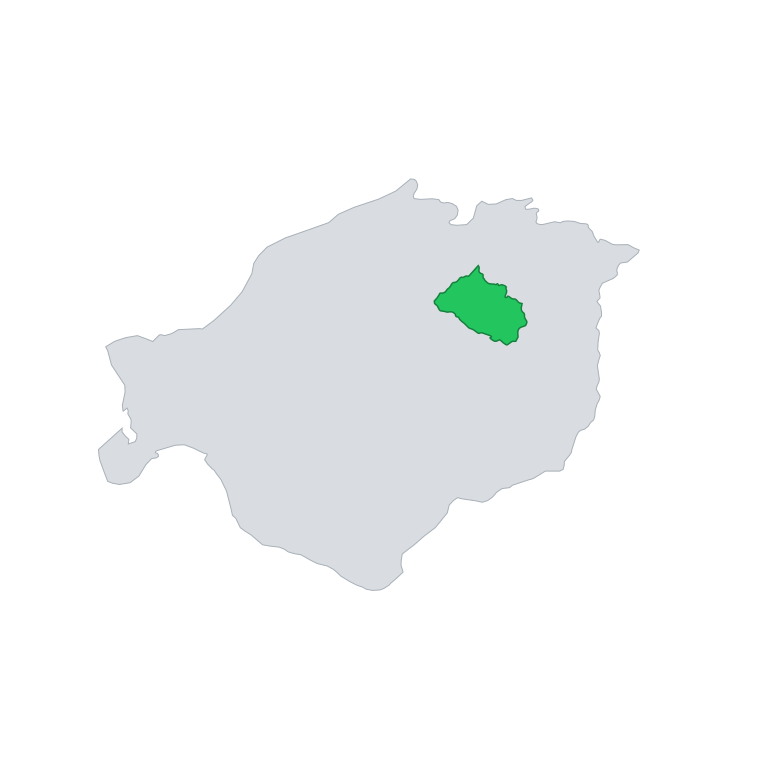 location of Hunedoara within Romania, rotated 150°
{"feature_id": "ROU-297", "entity_name": "Hunedoara", "entity_type": "County", "adm_level": 1, "iso_a3": "ROU", "parent_name": "Romania", "parent_adm1": "", "projection": "natural_earth1", "projection_center": [22.886, 45.787], "detail": "fine", "context": "in_parent", "style": "filled", "palette": "green", "viewbox_px": 768, "rotation_deg": 150, "n_neighbors": 0, "source": "natural_earth", "source_scale": "10m", "svg_char_len": 5822}
<svg xmlns="http://www.w3.org/2000/svg" viewBox="0 0 768 768"><g transform="rotate(150 384 384)"><path d="M580.7,423.2L587.3,431.2L595.5,435.4L614.5,439.9L616.1,439.4L616.3,438.5L615.0,437.4L614.7,435.9L615.6,434.0L618.2,433.9L622.5,435.6L630.6,433.2L642.3,426.8L653.3,425.5L663.4,429.3L668.6,433.7L672.0,437.9L671.1,443.0L670.6,446.3L668.3,459.6L666.6,464.5L663.9,470.1L632.9,476.7L634.8,473.5L634.0,467.9L632.6,463.7L635.4,459.9L628.3,458.5L625.3,460.6L623.0,464.3L625.4,472.7L622.1,477.3L620.8,479.9L620.8,486.1L618.9,488.7L618.5,491.6L623.5,490.9L621.4,496.2L612.3,506.4L609.1,512.5L610.5,536.7L606.6,551.1L606.4,555.4L596.5,555.6L593.5,555.2L584.0,553.1L573.4,549.2L567.1,541.7L563.0,536.4L554.1,538.8L552.4,538.2L549.9,535.6L543.1,533.9L534.8,533.8L515.9,524.1L513.8,522.4L499.2,524.1L477.3,528.9L460.6,534.9L443.4,545.5L436.5,553.5L428.4,557.8L416.8,561.0L396.1,559.8L374.5,555.7L351.2,551.4L338.7,553.8L321.8,552.0L296.2,546.8L277.2,545.2L258.4,548.3L255.3,545.9L254.6,543.3L255.3,539.5L258.0,536.4L262.5,534.1L264.9,531.8L265.1,529.4L260.0,525.6L249.6,520.3L245.3,517.0L244.3,516.2L244.0,513.2L241.8,510.9L237.8,509.2L234.7,506.1L232.4,501.7L232.9,497.5L236.1,493.6L240.1,491.8L245.1,492.4L247.1,491.3L246.3,488.5L241.5,485.0L232.7,480.7L223.7,483.0L214.5,492.0L207.9,493.4L203.9,487.4L196.7,483.8L186.4,482.7L180.0,480.4L177.7,476.9L173.1,474.2L163.2,471.4L163.1,468.7L164.7,468.0L168.2,467.8L173.0,467.2L173.8,465.7L173.8,464.3L170.1,462.5L166.3,461.3L164.4,460.0L163.1,458.7L162.9,457.3L164.0,456.3L165.5,456.3L167.0,455.4L167.9,452.2L169.9,449.5L171.4,448.5L171.3,446.5L169.8,444.7L167.7,443.1L164.7,442.1L155.3,439.3L150.5,435.4L147.6,435.3L143.0,433.1L138.0,429.7L133.7,424.9L129.1,421.8L127.9,420.5L127.8,419.3L128.6,418.0L128.6,416.5L127.4,411.8L128.3,406.8L128.1,402.2L128.1,400.1L127.2,399.4L126.4,400.1L125.2,401.0L124.1,401.2L120.7,397.8L116.4,390.8L113.5,388.5L107.7,385.3L103.0,382.7L99.5,376.9L96.0,372.4L98.4,370.5L112.2,367.9L118.6,370.5L121.4,369.6L124.3,367.5L125.8,365.8L126.1,364.0L127.5,361.8L132.2,360.8L144.5,362.1L149.5,359.0L151.3,357.3L152.5,353.6L153.8,350.6L158.2,349.0L158.1,346.3L157.5,343.3L160.1,336.7L161.7,334.0L164.2,333.0L167.2,330.9L172.4,326.6L171.2,322.8L172.3,320.0L177.7,313.2L181.9,306.6L181.9,303.3L182.5,300.5L186.1,297.3L190.0,293.2L195.1,280.5L196.9,278.3L200.3,275.9L202.7,273.5L203.0,265.1L205.4,262.7L209.8,259.9L214.2,255.6L217.8,250.4L220.6,248.0L224.3,247.4L228.2,245.3L232.7,244.6L237.0,245.6L239.7,245.1L243.8,242.6L254.3,233.1L255.8,231.2L258.0,229.9L266.5,226.7L268.7,223.4L271.6,220.5L275.4,220.7L287.8,227.9L301.0,227.5L303.4,227.8L304.2,227.9L305.8,228.5L323.4,232.1L326.2,231.7L326.9,231.4L334.0,234.4L340.3,234.0L346.2,231.9L352.4,231.2L358.1,232.5L362.5,236.6L373.8,245.5L377.1,248.8L382.3,248.3L388.0,246.6L393.7,240.7L411.3,234.0L424.8,232.3L437.9,229.7L453.2,227.7L457.5,222.3L459.9,218.5L461.5,211.6L469.7,209.6L477.5,208.2L480.2,207.3L485.9,207.0L490.3,207.6L497.2,211.0L502.1,215.3L504.0,218.7L508.2,223.5L512.6,230.3L517.5,239.3L518.7,243.8L520.5,248.8L524.2,254.8L531.1,261.4L532.1,262.7L535.2,267.3L541.4,277.7L546.4,281.8L550.8,286.4L553.0,290.9L556.2,295.0L563.6,300.5L569.6,305.5L574.6,319.8L578.1,326.4L580.3,331.4L579.5,341.7L580.9,346.0L578.4,354.0L573.9,370.1L573.0,382.9L573.9,389.8L574.2,394.2L575.4,397.1L576.8,402.9L577.2,408.0L575.4,409.4L573.0,410.6L572.1,411.7L574.4,414.0L577.5,418.3L580.7,423.2Z" fill="#d9dde1" stroke="#a8b0b8" stroke-width="1"/><path d="M299.0,430.7L295.3,431.9L291.8,433.6L290.7,434.4L290.1,434.6L289.6,434.5L288.5,433.8L287.6,433.4L286.7,433.1L285.1,433.1L284.0,433.4L281.9,434.4L279.2,434.8L278.2,435.2L274.9,437.0L273.9,437.2L273.2,437.2L271.3,436.4L270.4,436.3L268.9,436.4L265.0,437.9L264.1,437.9L263.4,437.7L263.0,437.3L262.5,437.0L261.9,436.7L259.3,436.6L258.6,436.3L258.0,435.9L257.6,435.4L256.8,435.1L256.1,435.2L243.2,439.4L243.2,437.9L243.4,437.3L243.7,436.7L245.0,434.9L245.3,434.3L245.5,433.7L245.5,433.1L245.3,432.4L245.0,431.5L244.1,430.5L243.7,429.8L243.6,429.1L243.8,428.6L244.5,427.6L244.9,426.8L245.0,426.1L244.7,424.8L244.8,423.9L244.7,423.1L244.5,422.2L243.8,419.9L243.2,418.8L242.2,417.8L240.2,416.4L239.1,415.7L238.3,415.1L237.9,414.5L237.5,414.2L236.9,414.0L236.4,414.2L235.8,414.1L235.5,413.9L235.4,413.3L235.5,412.7L235.5,412.2L235.2,411.8L234.3,411.6L233.6,411.5L232.7,411.2L231.9,410.7L230.1,408.5L229.6,406.8L230.1,406.6L230.3,406.4L230.6,405.9L230.7,405.4L231.0,404.0L231.3,403.2L231.8,402.4L232.5,401.7L234.9,399.8L235.4,399.2L235.6,398.6L235.4,398.1L234.8,397.7L234.3,397.7L233.8,397.8L233.1,398.2L232.6,397.9L232.1,397.3L231.0,394.8L230.4,393.8L229.9,393.3L228.2,392.2L227.6,391.4L227.2,390.2L227.0,389.3L226.8,387.9L226.2,386.6L224.2,384.6L227.0,381.4L227.7,380.1L228.1,378.8L228.1,377.9L228.0,377.1L227.4,375.3L227.5,374.5L227.8,373.6L228.7,372.0L229.0,370.8L229.1,369.7L229.0,367.2L229.2,366.4L229.8,365.6L231.2,364.4L232.0,364.0L233.1,363.9L236.5,364.6L237.6,364.7L239.1,364.5L240.2,364.0L241.5,362.9L242.9,360.9L243.4,359.7L244.5,357.6L248.5,355.1L251.4,356.7L252.0,356.8L257.5,356.3L258.1,356.5L258.7,357.1L259.3,358.3L260.3,360.5L261.3,363.9L261.7,364.3L262.4,364.5L265.2,364.9L265.9,365.2L266.6,365.6L267.4,366.6L268.1,367.8L269.1,370.1L269.1,370.8L268.9,371.1L268.4,371.0L268.0,370.9L267.6,371.0L267.3,371.2L267.3,371.5L267.4,372.0L267.8,372.7L273.7,379.5L275.1,380.1L276.3,380.3L277.0,380.8L279.4,386.2L280.4,387.6L282.0,389.4L282.5,390.3L284.1,396.2L285.4,399.4L285.9,401.1L286.2,402.2L286.0,403.7L286.1,404.3L286.4,404.9L287.7,406.2L287.9,407.0L287.8,407.5L287.6,408.1L287.4,408.6L287.5,409.3L287.7,410.1L288.3,411.4L289.1,412.4L290.5,413.4L292.9,414.4L293.9,415.1L295.2,416.5L298.3,419.0L298.7,419.5L298.9,420.3L299.0,420.8L298.9,423.4L298.7,424.6L298.9,425.3L299.7,427.6L299.9,428.5L299.0,430.7Z" fill="#22c55e" stroke="#15803d" stroke-width="1.5"/></g></svg>